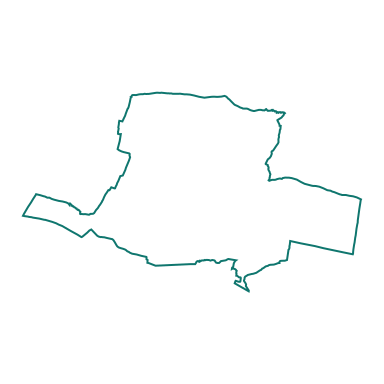 outline of Padina, Mehedinti, Romania
{"feature_id": "2599482B34758771850495", "entity_name": "Padina", "entity_type": "district", "adm_level": 2, "iso_a3": "ROU", "parent_name": "Romania", "parent_adm1": "Mehedinti", "projection": "orthographic", "projection_center": [23.0, 44.441], "detail": "fine", "context": "isolated", "style": "outline", "palette": "teal", "viewbox_px": 384, "rotation_deg": 0, "n_neighbors": 0, "source": "geoboundaries", "source_scale": "gbopen_adm2", "svg_char_len": 5975}
<svg xmlns="http://www.w3.org/2000/svg" viewBox="0 0 384 384"><path d="M248.7,291.3L248.8,290.6L245.9,286.1L245.9,285.7L246.1,284.6L246.0,284.2L245.2,282.7L244.0,281.0L244.0,280.3L244.5,279.1L244.6,277.6L245.2,276.6L246.9,275.6L247.7,275.0L251.6,274.0L253.1,273.8L256.3,272.8L259.9,270.4L261.1,269.9L262.2,268.6L263.4,268.1L265.7,266.4L268.0,265.8L269.0,265.1L270.2,264.8L273.8,264.6L275.8,264.0L278.1,263.1L279.5,263.0L279.4,262.0L279.9,261.3L280.2,261.0L281.1,260.8L284.9,260.7L287.0,260.0L288.4,250.5L288.4,250.0L289.0,249.2L289.3,248.5L289.5,247.1L289.4,246.4L289.8,244.6L290.2,241.0L300.6,243.3L315.0,246.1L323.5,248.2L343.5,252.4L352.8,254.3L353.0,253.7L353.1,252.8L353.1,252.1L353.4,249.4L354.1,244.8L354.6,242.4L355.2,237.8L355.7,235.3L356.5,228.7L357.3,224.2L357.7,222.7L357.8,220.2L359.4,208.5L360.2,203.6L360.6,200.8L360.8,199.9L361.0,199.4L356.8,197.4L353.1,196.3L349.4,195.8L345.9,195.0L342.0,195.0L341.0,194.6L340.0,194.4L338.4,193.8L334.2,192.1L332.3,191.6L330.6,190.7L327.3,190.2L323.4,188.3L319.3,186.7L315.8,186.0L312.9,185.9L311.8,185.7L304.6,183.8L300.8,181.9L296.8,179.6L291.7,178.1L289.1,177.7L285.1,177.6L282.7,178.1L281.9,178.9L280.0,178.5L279.2,178.6L277.1,179.1L275.7,179.7L274.1,179.9L272.9,179.8L271.8,179.9L269.3,180.8L268.6,180.3L268.7,180.1L269.5,179.4L269.5,178.2L269.6,177.5L269.8,177.3L269.9,175.9L270.4,174.2L269.8,172.9L269.5,171.6L268.7,170.4L268.3,169.0L268.5,168.7L268.5,168.2L268.6,167.9L268.5,167.1L268.1,166.4L267.8,166.0L267.8,165.1L266.7,164.5L266.1,164.3L265.7,164.0L265.7,163.6L267.8,159.4L269.7,157.9L270.9,156.2L271.4,154.8L271.7,154.1L271.8,153.6L271.5,152.0L271.9,151.3L272.5,150.8L273.1,150.6L276.3,145.8L277.9,143.6L278.5,142.3L278.4,139.3L278.7,137.9L279.0,137.1L278.8,135.3L279.6,132.6L279.9,129.9L280.4,129.2L280.7,125.9L279.6,125.8L279.6,125.5L279.3,124.2L277.4,120.4L277.4,120.1L281.0,117.9L281.7,117.4L282.4,116.4L283.4,115.5L283.7,114.9L283.9,114.1L284.9,113.2L284.4,112.7L283.7,112.7L283.5,112.4L282.7,112.5L282.1,112.2L281.0,112.8L280.5,112.2L280.2,112.1L279.4,112.2L278.6,112.8L278.5,112.7L278.5,112.3L277.8,112.1L277.5,112.1L277.2,112.6L276.8,112.9L276.5,112.7L276.6,112.2L276.6,111.9L276.1,111.3L275.0,111.1L274.7,111.3L274.5,111.0L273.9,110.7L272.9,110.8L273.0,110.4L272.7,110.3L272.7,109.9L271.8,109.9L270.9,110.5L270.2,110.7L268.0,110.8L267.9,110.6L267.5,110.6L266.2,109.1L265.7,109.3L265.6,109.8L264.7,110.2L264.5,110.4L263.6,110.3L262.7,110.3L261.1,109.9L258.8,109.9L254.4,111.0L253.6,111.0L251.9,110.6L250.3,110.1L247.9,108.9L246.8,108.6L243.8,108.6L242.8,108.5L242.1,108.1L240.2,107.5L237.7,106.1L234.9,104.9L234.2,104.4L231.0,101.2L229.3,99.4L228.1,98.6L227.0,97.3L226.2,96.6L224.6,95.9L221.3,96.6L217.3,96.9L213.9,96.7L211.5,96.8L204.4,97.7L199.1,96.8L194.1,95.5L189.9,94.6L186.2,94.3L184.3,94.3L180.0,93.7L178.6,93.8L172.8,93.8L171.1,93.4L169.7,93.5L168.8,93.3L167.0,93.3L161.3,92.7L160.2,92.9L157.1,92.7L156.0,92.8L148.9,93.9L146.1,94.0L144.6,93.8L143.0,94.2L140.8,94.2L139.0,94.4L136.0,95.1L133.9,95.0L132.4,95.1L131.9,95.5L131.5,96.3L131.6,96.8L130.9,97.0L131.0,97.2L130.6,98.2L129.8,102.2L128.6,107.1L128.2,107.9L128.1,108.4L127.6,108.8L127.4,109.3L126.4,112.0L125.8,113.6L125.1,115.8L123.5,119.0L123.3,119.7L122.7,120.5L122.4,121.4L119.3,120.8L118.9,122.7L118.9,123.9L118.3,127.5L118.7,128.6L118.4,129.9L118.3,130.7L118.0,131.7L118.1,132.1L118.0,133.8L119.2,134.2L120.8,134.1L119.7,141.1L117.6,149.1L119.0,150.2L121.5,151.4L123.7,152.1L129.2,153.4L129.5,153.7L129.7,154.0L129.5,155.3L129.9,156.8L130.0,156.9L130.1,157.2L129.0,160.5L125.9,167.9L125.4,169.7L122.8,175.5L120.3,176.1L118.4,180.8L117.1,183.3L116.7,184.8L115.8,186.4L115.1,188.3L114.9,188.4L114.5,188.4L111.3,187.3L109.5,190.2L109.1,190.3L108.4,190.1L106.5,193.0L105.4,194.5L104.0,197.3L103.0,199.8L102.1,201.2L102.1,201.6L101.8,202.0L100.1,204.7L99.2,205.8L97.9,208.0L96.0,210.1L94.2,213.0L93.4,213.6L92.9,213.8L90.3,213.9L89.5,214.6L88.7,214.7L85.2,214.1L83.6,214.2L81.1,214.0L80.5,214.1L80.2,214.0L80.1,213.8L80.1,212.8L80.4,211.9L79.9,211.4L79.3,210.5L78.9,210.2L78.5,210.1L78.4,209.8L78.2,209.7L77.8,209.9L77.6,209.8L77.6,209.5L77.1,209.3L76.6,208.8L76.5,208.5L76.0,208.5L75.8,208.4L75.8,208.2L75.0,207.5L74.4,207.2L74.1,207.2L73.8,206.8L73.4,206.3L72.7,206.3L72.6,206.0L71.5,205.7L71.7,205.3L71.7,205.1L70.0,203.5L69.4,204.3L69.3,204.7L68.8,204.0L67.9,203.2L66.1,202.4L62.6,201.5L58.8,200.9L54.2,199.7L51.7,198.9L49.5,197.7L47.3,197.7L46.6,197.3L44.9,196.5L43.5,196.2L40.3,195.2L36.1,194.2L35.9,194.7L33.1,199.0L31.0,202.5L28.0,207.0L24.0,213.8L23.0,215.8L24.4,216.1L28.0,216.6L29.0,216.9L31.5,217.2L32.9,217.6L39.3,218.6L44.3,219.8L45.1,219.8L52.3,221.9L56.2,223.3L58.7,224.6L62.2,226.0L70.8,231.0L77.4,234.6L81.4,237.1L81.8,237.0L82.6,236.5L87.3,232.6L89.4,230.5L91.3,229.5L97.2,235.7L98.7,236.6L100.7,237.1L101.5,237.0L102.6,237.2L104.3,237.3L106.6,237.9L112.4,239.2L112.7,239.5L113.4,240.1L114.7,242.1L116.6,245.4L117.3,246.4L118.6,247.4L120.6,248.1L123.1,248.8L125.0,249.5L126.0,250.1L127.3,251.3L128.8,251.9L129.7,252.6L132.1,253.7L136.7,254.5L141.2,255.8L146.3,256.9L146.5,257.1L146.5,259.3L147.6,260.0L147.4,262.8L148.8,263.1L155.5,265.7L160.6,265.5L191.0,264.1L195.2,264.1L196.1,262.7L196.5,261.8L197.4,261.1L197.9,261.1L198.9,261.4L199.2,261.9L199.4,261.9L199.7,261.7L199.7,260.7L199.9,260.6L200.6,261.0L200.9,261.0L201.9,260.4L203.4,260.5L204.5,260.0L204.9,260.3L206.0,259.9L208.8,260.0L210.5,260.6L212.2,260.0L214.0,260.3L214.7,260.6L215.7,262.2L216.2,262.7L217.8,263.0L219.2,262.9L221.0,261.1L225.3,260.4L226.0,260.2L227.5,259.3L228.4,259.0L236.0,260.3L235.2,260.9L234.2,262.5L233.8,263.4L233.3,266.2L233.2,266.7L232.9,267.2L232.3,267.5L232.0,268.0L231.9,268.9L232.2,268.7L233.7,268.6L235.2,269.2L235.9,269.8L236.3,270.5L236.7,270.8L236.6,271.2L236.4,271.4L236.2,273.1L236.4,273.3L236.5,273.6L236.3,275.7L237.2,275.8L239.0,277.3L240.5,277.4L240.8,277.9L240.8,278.2L240.4,281.2L240.2,281.7L240.0,281.8L238.4,281.7L235.7,280.8L235.4,281.2L234.7,283.3L248.7,291.3Z" fill="none" stroke="#0f766e" stroke-width="2"/></svg>